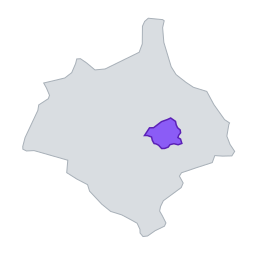 Klina on a map of Kosovo (Natural Earth projection), rotated 178°
{"feature_id": "KOS-5888", "entity_name": "Klina", "entity_type": "District", "adm_level": 1, "iso_a3": "XKX", "parent_name": "Kosovo", "parent_adm1": "", "projection": "natural_earth1", "projection_center": [20.583, 42.6], "detail": "fine", "context": "in_parent", "style": "filled", "palette": "violet", "viewbox_px": 256, "rotation_deg": 178, "n_neighbors": 0, "source": "natural_earth", "source_scale": "10m", "svg_char_len": 1338}
<svg xmlns="http://www.w3.org/2000/svg" viewBox="0 0 256 256"><g transform="rotate(178 128 128)"><path d="M60.8,86.0L76.1,81.4L78.3,78.1L74.8,71.1L76.9,66.6L95.2,54.1L98.2,48.4L99.3,43.9L96.8,39.2L93.4,31.8L95.0,28.6L104.5,24.4L112.2,19.4L116.8,19.0L119.6,22.6L119.6,26.3L122.2,32.5L127.8,35.9L137.3,41.4L148.2,45.2L156.8,52.7L168.6,66.2L170.4,72.8L181.0,78.8L190.8,85.5L189.3,97.9L222.7,108.7L230.3,108.6L233.8,110.5L233.8,113.3L231.2,122.0L217.5,148.7L216.4,154.2L206.6,160.1L205.3,163.4L208.1,170.8L210.7,175.9L189.4,180.2L182.3,185.3L178.1,194.2L176.8,198.8L173.1,198.9L166.9,194.3L159.0,187.2L148.8,187.8L114.2,203.3L110.8,211.5L110.0,229.2L107.6,234.0L103.9,237.0L89.6,235.1L88.1,233.9L89.9,227.1L89.2,212.3L82.7,187.7L78.1,179.7L68.6,171.7L61.2,166.4L48.0,161.8L41.3,148.3L31.2,133.0L26.3,129.5L27.1,128.0L29.5,116.4L26.6,108.0L22.2,100.9L25.2,96.5L34.5,96.6L42.2,97.4L45.0,90.5L60.8,86.0Z" fill="#d9dde1" stroke="#a8b0b8" stroke-width="1"/><path d="M95.1,106.3L98.0,109.7L100.4,111.1L102.5,111.6L104.1,114.7L104.8,118.2L108.9,119.8L111.8,119.9L106.5,127.4L102.4,127.4L94.3,133.2L88.3,135.1L85.0,136.5L80.3,133.0L79.7,129.4L78.5,126.6L75.9,124.2L75.6,121.4L77.5,119.1L78.5,116.7L75.9,115.1L74.7,110.7L78.5,109.5L82.6,110.7L86.6,109.9L88.5,107.5L92.0,106.3L95.1,106.3Z" fill="#8b5cf6" stroke="#5b21b6" stroke-width="1.5"/></g></svg>